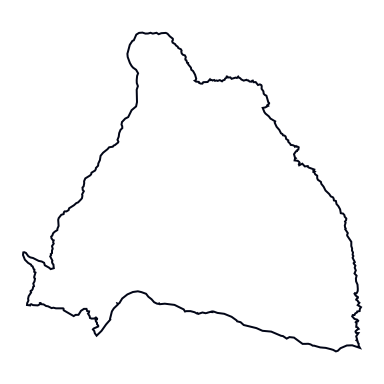 the district of Bantaeng, Sulawesi Selatan, Indonesia
{"feature_id": "22746128B71175962379658", "entity_name": "Bantaeng", "entity_type": "district", "adm_level": 2, "iso_a3": "IDN", "parent_name": "Indonesia", "parent_adm1": "Sulawesi Selatan", "projection": "albers", "projection_center": [119.991, -5.472], "detail": "fine", "context": "isolated", "style": "outline", "palette": "ink", "viewbox_px": 384, "rotation_deg": 0, "n_neighbors": 0, "source": "geoboundaries", "source_scale": "gbopen_adm2", "svg_char_len": 5878}
<svg xmlns="http://www.w3.org/2000/svg" viewBox="0 0 384 384"><path d="M161.3,33.2L158.7,34.2L156.5,32.8L152.8,33.6L150.5,32.8L148.1,33.5L145.5,33.6L142.4,32.6L139.0,32.9L136.3,34.6L133.8,40.3L132.4,40.9L129.8,44.8L127.4,53.8L127.7,57.0L129.9,63.0L131.5,65.8L133.0,67.6L136.1,69.8L138.1,73.3L137.1,75.9L136.7,80.2L136.8,83.1L137.9,86.1L136.7,89.7L137.0,102.1L136.1,106.4L131.6,110.2L128.2,117.1L125.2,118.6L122.0,122.0L121.5,124.6L122.2,126.1L122.3,128.1L120.5,129.9L119.2,133.1L118.7,136.8L117.5,139.8L118.4,141.7L118.1,142.5L114.9,145.1L113.6,145.6L112.8,146.7L109.1,147.3L107.5,149.2L103.1,152.7L100.6,155.8L99.9,160.1L98.3,163.5L98.1,165.7L95.9,168.0L95.8,169.1L95.1,170.5L91.5,172.7L91.1,174.4L90.0,175.5L85.3,178.4L84.1,181.2L84.2,183.2L83.6,186.4L82.5,187.5L82.7,189.9L83.8,191.2L82.1,194.4L82.4,195.7L82.0,198.1L81.3,199.1L78.1,202.4L76.3,203.1L74.0,205.2L69.1,208.3L68.6,210.1L66.5,211.4L64.6,211.4L63.9,212.3L63.6,214.1L61.3,214.8L58.7,218.1L58.2,219.9L58.6,226.0L57.5,228.5L57.3,230.1L54.6,231.8L53.1,233.3L52.3,235.6L51.2,236.6L51.5,238.4L52.8,240.1L53.7,240.4L53.1,242.1L53.7,243.6L52.0,246.1L52.7,248.8L52.0,250.4L52.0,253.1L50.8,254.1L51.1,255.1L50.2,256.4L52.4,260.7L52.0,261.9L52.5,263.5L53.4,264.5L53.8,268.2L50.7,269.1L49.1,267.7L44.8,265.3L44.1,262.8L41.7,261.5L38.7,260.9L33.0,258.0L30.3,257.4L28.3,256.2L25.9,252.9L24.2,252.2L23.3,252.4L23.0,255.0L24.9,259.7L28.1,262.9L31.1,264.7L31.4,265.7L32.6,266.4L33.8,269.3L34.4,269.6L34.2,271.8L35.5,272.5L34.2,276.8L34.2,277.7L35.0,278.6L34.5,281.4L33.3,283.5L34.0,286.2L33.2,286.8L32.7,289.0L31.9,290.3L30.7,290.8L30.6,291.5L31.1,292.5L28.7,296.1L28.1,298.7L28.4,300.6L27.2,303.1L27.0,305.0L30.1,305.4L30.3,304.6L31.2,304.2L33.0,305.1L37.8,305.4L40.0,304.2L39.9,303.1L40.6,303.0L41.5,304.2L43.6,304.4L46.1,306.0L48.0,306.3L51.6,308.1L53.4,307.7L55.8,308.3L63.0,308.3L63.5,308.6L63.7,310.3L73.7,316.1L75.5,314.9L78.5,314.8L81.0,310.8L83.9,308.9L86.5,308.9L87.2,311.1L89.1,311.4L88.9,312.7L88.0,313.6L89.6,316.1L90.0,318.0L91.6,318.6L94.4,318.5L95.9,317.5L97.1,318.6L97.0,319.4L95.6,319.8L95.9,321.3L97.0,322.8L97.0,324.1L98.2,325.6L98.2,326.5L93.7,328.5L92.9,329.4L94.3,331.1L94.8,333.2L96.6,335.7L101.5,330.9L106.1,324.4L110.3,319.6L110.0,319.0L111.9,311.4L113.8,308.4L117.8,304.6L117.4,303.5L118.3,303.8L119.4,303.1L122.2,298.5L127.4,294.4L132.9,292.0L137.9,291.3L141.4,292.1L146.1,293.8L148.4,296.8L151.5,299.2L154.1,302.2L156.9,303.6L158.5,303.9L159.1,303.4L159.8,304.2L164.8,303.7L174.5,304.9L183.7,309.4L185.0,311.5L186.5,311.1L190.4,311.1L194.5,312.2L197.0,313.5L197.6,313.1L198.3,313.9L202.4,312.5L206.1,313.3L206.1,313.9L206.2,313.2L207.5,312.7L212.2,311.4L212.8,311.8L212.2,312.1L213.4,312.2L212.9,312.0L212.9,311.6L213.5,311.5L217.4,312.9L224.2,313.8L231.6,316.8L236.6,320.4L237.1,321.3L240.6,322.2L243.7,325.0L256.4,328.1L262.5,330.8L271.2,331.6L281.1,335.8L283.0,336.1L286.7,338.6L289.5,337.1L294.0,337.6L302.6,343.9L308.4,343.8L310.6,344.4L312.8,345.7L314.2,345.7L320.2,347.4L325.8,347.9L330.9,349.2L333.2,349.9L335.9,351.4L337.8,350.8L340.5,348.2L346.8,345.5L352.2,345.3L359.9,347.9L358.6,345.6L358.7,343.7L357.8,342.6L357.7,341.2L356.4,340.3L357.1,339.4L356.2,336.3L358.4,333.1L356.3,333.0L355.5,331.8L355.7,331.1L357.6,329.4L358.7,328.9L357.5,327.4L356.2,326.9L356.6,323.4L355.7,322.2L356.3,321.6L357.7,321.5L358.2,320.8L357.2,319.7L354.5,318.9L352.2,316.4L352.7,315.1L354.5,315.0L355.2,313.5L357.0,312.4L357.2,311.5L359.6,311.1L359.9,308.9L361.0,307.2L357.7,305.1L359.4,302.8L358.0,301.6L357.7,300.7L356.2,299.7L356.8,298.5L357.9,297.8L357.9,297.1L355.7,295.6L354.5,293.7L355.0,293.1L356.1,293.5L356.9,292.8L357.7,291.0L357.8,288.9L357.5,284.6L356.1,281.4L355.9,278.5L356.6,275.7L354.5,273.5L355.8,270.4L354.7,267.7L355.4,265.6L353.7,263.5L353.7,263.0L354.8,262.1L352.6,257.8L353.4,256.0L352.6,254.8L353.0,252.5L352.0,250.5L352.1,248.4L351.3,246.1L351.3,241.8L347.3,235.8L347.1,235.0L347.8,233.1L345.2,229.2L345.7,228.4L345.1,227.5L344.8,225.5L345.6,222.7L345.0,221.6L346.1,220.1L346.3,218.5L344.7,216.7L344.4,215.1L343.1,213.6L340.8,213.2L340.1,209.3L338.4,206.2L336.5,204.0L335.9,201.0L333.9,200.4L333.6,198.4L332.9,197.3L330.8,196.4L329.2,194.0L325.5,190.5L323.6,186.7L321.3,183.8L320.9,181.9L317.8,179.7L317.2,178.1L317.2,175.7L315.2,174.3L314.4,172.5L313.3,171.9L313.5,171.4L314.4,171.2L313.5,170.5L314.2,169.5L308.9,167.6L308.1,167.1L307.8,166.1L304.8,166.4L302.3,163.7L299.2,165.3L298.8,164.3L299.6,162.8L299.2,162.0L297.7,160.8L294.6,160.4L295.0,158.4L295.7,158.1L294.8,157.1L294.0,154.2L296.0,151.3L297.0,151.1L297.3,150.0L298.3,149.6L298.7,147.3L297.5,146.6L296.5,146.7L296.0,146.1L295.0,146.7L294.8,146.1L292.9,145.2L290.7,144.9L290.2,143.8L288.2,141.7L288.3,140.4L286.2,139.0L285.6,136.5L284.5,135.6L283.0,135.3L282.4,134.0L281.0,133.3L279.3,129.9L276.6,126.8L274.7,122.7L275.2,121.4L270.5,118.6L268.8,116.3L265.5,113.6L264.4,112.1L262.7,107.9L265.3,107.4L268.1,105.9L267.3,105.2L269.1,103.6L269.1,103.0L268.3,102.2L266.4,95.7L264.8,94.9L263.7,93.7L263.4,91.3L261.6,88.8L261.7,86.1L261.3,85.1L259.9,84.4L258.0,85.0L255.7,82.1L253.5,82.2L252.8,80.6L252.1,80.8L251.4,81.7L249.5,81.5L248.3,80.4L247.3,80.4L246.6,79.8L243.7,80.6L241.4,79.5L240.2,78.2L239.1,77.8L238.2,76.6L236.9,78.0L235.6,77.6L231.6,78.8L230.4,77.4L228.0,77.5L227.4,76.6L226.7,76.5L226.3,77.8L225.1,78.6L224.6,79.8L222.9,80.4L222.0,81.3L219.8,80.1L217.7,80.9L216.7,80.5L214.9,80.8L214.2,80.0L212.5,80.5L211.6,79.9L210.6,80.1L210.0,79.3L207.6,82.0L203.3,82.2L202.4,83.6L200.8,83.6L199.1,82.9L198.8,81.9L196.0,81.6L194.8,80.7L195.6,80.3L196.2,78.7L195.1,74.8L193.1,71.1L191.3,69.7L190.9,67.6L188.2,64.3L188.1,63.0L187.1,62.8L186.4,60.4L185.5,59.8L185.3,59.0L185.8,57.1L184.9,55.4L182.8,54.7L181.7,53.4L181.3,51.6L181.6,50.6L180.9,49.3L178.3,48.0L177.7,46.7L175.9,45.4L175.2,44.2L172.6,42.6L172.2,41.2L172.9,40.0L172.8,38.7L169.8,36.3L167.5,33.7L165.8,32.9L161.3,33.2Z" fill="none" stroke="#020617" stroke-width="2"/></svg>